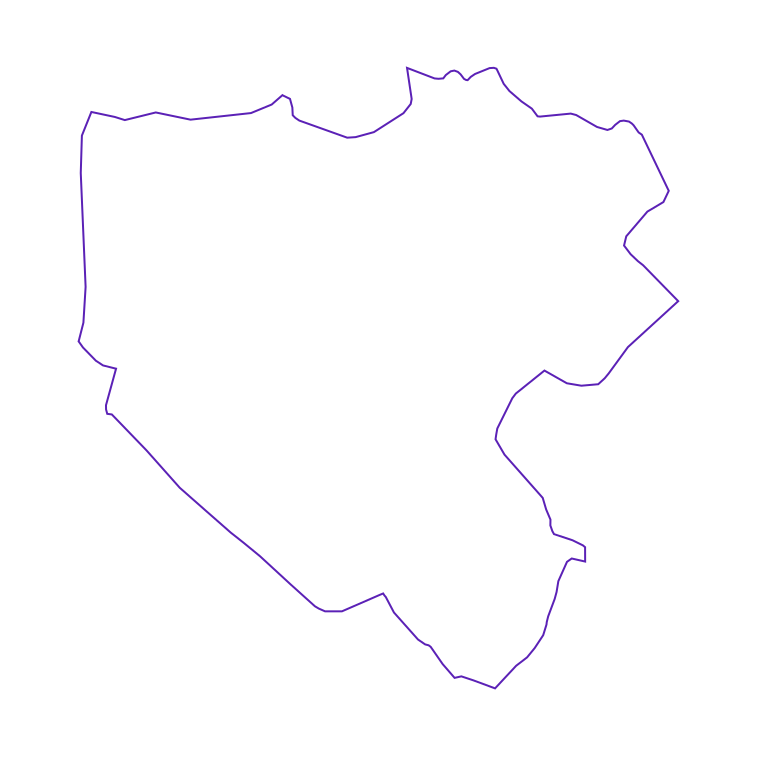 an SVG outline of Drenthe, rotated 175°
{"feature_id": "NLD-894", "entity_name": "Drenthe", "entity_type": "Province", "adm_level": 1, "iso_a3": "NLD", "parent_name": "Netherlands", "parent_adm1": "", "projection": "albers", "projection_center": [6.524, 52.908], "detail": "fine", "context": "isolated", "style": "outline", "palette": "violet", "viewbox_px": 768, "rotation_deg": 175, "n_neighbors": 0, "source": "natural_earth", "source_scale": "10m", "svg_char_len": 1848}
<svg xmlns="http://www.w3.org/2000/svg" viewBox="0 0 768 768"><g transform="rotate(175 384 384)"><path d="M684.5,453.0L678.1,471.3L672.8,506.7L667.7,620.6L663.3,657.8L651.8,680.5L628.9,673.5L619.2,669.5L587.7,674.4L553.7,664.2L492.9,665.5L471.5,672.2L460.0,680.6L459.6,680.3L452.8,676.2L451.2,667.4L451.5,659.7L449.1,656.8L445.4,653.8L399.2,632.6L390.8,632.4L372.1,635.8L341.0,652.1L333.0,660.6L331.6,665.5L333.5,696.9L307.0,684.0L303.1,683.3L298.3,683.3L295.5,686.4L290.3,689.7L286.6,690.1L283.2,688.5L280.7,685.8L277.7,681.0L275.7,679.7L274.2,679.4L270.8,682.4L266.3,684.9L251.3,689.5L247.0,689.4L244.5,688.3L243.8,686.6L238.6,672.6L233.5,664.9L222.4,653.5L212.7,645.4L207.7,637.3L205.3,636.8L174.4,637.1L169.1,635.2L149.4,621.5L139.3,617.6L134.8,618.7L131.1,622.0L126.0,625.3L122.2,625.5L117.1,624.1L114.4,621.9L112.8,620.0L108.4,612.4L105.4,609.9L83.5,551.6L89.8,540.9L106.6,532.8L129.8,510.0L132.8,501.0L127.0,491.8L120.3,484.2L115.5,479.7L83.7,440.9L137.8,399.5L159.2,375.0L163.6,370.5L170.6,365.1L187.5,365.1L201.8,368.8L223.0,383.4L253.5,363.0L257.4,358.7L275.0,329.8L276.6,323.9L277.7,319.2L270.1,303.1L235.8,256.7L233.4,244.9L230.0,234.4L230.6,228.6L229.1,222.7L227.7,219.6L209.8,211.9L199.9,205.9L197.9,203.9L199.1,189.6L212.2,193.8L217.2,190.9L227.5,172.4L230.2,161.8L232.7,155.0L240.7,138.2L242.6,132.7L243.1,130.2L247.3,119.9L256.9,107.8L265.3,99.2L276.9,91.8L299.9,71.1L320.8,81.0L332.4,86.0L339.3,85.1L350.0,99.9L360.4,118.1L362.3,119.8L365.7,121.0L372.4,126.5L394.0,155.5L400.8,171.7L402.0,173.3L403.1,175.4L406.6,174.3L445.7,161.2L462.6,162.7L468.6,166.0L472.2,168.6L494.5,192.5L522.4,223.1L537.5,237.9L549.6,249.3L571.8,272.5L596.5,298.4L626.4,338.6L657.8,377.4L662.3,378.4L663.1,382.9L662.8,387.1L649.6,422.6L662.3,427.0L669.0,432.3L680.7,446.6L684.2,452.6L684.5,453.0Z" fill="none" stroke="#5b21b6" stroke-width="2"/></g></svg>